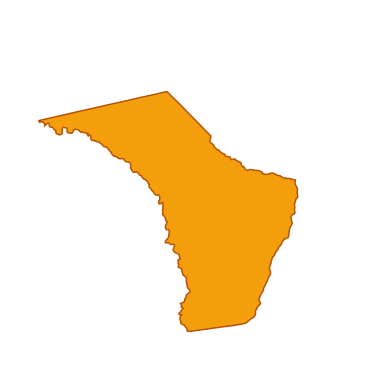 the district of Sebastião Laranjeiras, Bahia, Brazil, rotated 59°
{"feature_id": "56859067B69279711991755", "entity_name": "Sebastião Laranjeiras", "entity_type": "district", "adm_level": 2, "iso_a3": "BRA", "parent_name": "Brazil", "parent_adm1": "Bahia", "projection": "orthographic", "projection_center": [-43.114, -14.573], "detail": "fine", "context": "isolated", "style": "filled", "palette": "amber", "viewbox_px": 384, "rotation_deg": 59, "n_neighbors": 0, "source": "geoboundaries", "source_scale": "gbopen_adm2", "svg_char_len": 4652}
<svg xmlns="http://www.w3.org/2000/svg" viewBox="0 0 384 384"><g transform="rotate(59 192 192)"><path d="M270.8,122.4L268.8,121.6L267.5,121.3L265.9,120.5L264.0,119.9L263.4,118.5L263.1,117.2L263.4,115.7L262.9,114.5L261.8,114.0L259.8,113.2L258.4,111.9L256.8,111.2L255.3,110.4L254.2,109.4L253.3,108.1L252.3,107.3L251.6,106.4L251.1,104.7L250.1,103.5L248.5,102.9L247.2,102.4L245.6,101.4L244.3,100.3L243.0,99.9L240.8,99.6L238.9,99.6L237.3,99.1L236.2,98.1L234.9,97.1L234.2,98.3L233.1,99.1L232.1,100.0L230.8,101.1L229.8,103.2L228.8,103.9L227.9,105.3L226.6,106.7L224.7,107.6L223.5,108.0L222.5,109.4L221.1,110.7L219.1,111.6L217.8,112.7L216.7,113.9L216.5,115.1L216.1,116.4L215.7,117.7L215.2,119.0L214.7,120.3L213.5,120.9L212.7,122.1L211.1,121.7L209.9,122.6L208.7,123.3L207.7,124.2L206.9,125.3L205.7,127.0L204.5,128.3L203.6,129.5L202.5,130.7L202.2,132.6L201.3,134.2L199.8,134.7L198.0,134.4L196.7,134.8L196.0,135.7L194.8,135.7L193.4,135.4L191.9,135.0L190.0,136.4L188.8,137.0L187.6,138.0L186.3,137.8L185.6,138.7L184.9,140.1L184.5,141.7L182.9,141.7L181.4,141.4L180.8,142.4L179.6,143.6L178.3,144.8L176.9,144.5L175.5,145.0L174.6,146.1L173.2,146.6L171.6,147.2L169.7,147.5L168.3,148.8L166.4,149.2L165.1,149.6L164.0,149.4L162.5,149.4L161.3,149.7L160.1,150.4L159.0,150.8L157.8,150.6L156.7,149.7L155.6,148.5L153.8,147.0L111.6,157.0L93.0,161.8L91.8,165.4L88.3,176.1L85.2,185.3L84.8,186.4L78.6,205.3L63.9,249.7L51.9,286.5L53.5,286.9L55.0,283.7L57.5,283.2L59.3,284.2L58.8,281.2L58.8,280.0L60.4,279.3L62.0,280.4L63.4,280.0L64.8,278.2L67.1,278.1L68.5,277.7L69.6,277.2L70.9,278.1L72.1,278.1L73.8,277.1L74.6,276.3L75.2,274.8L74.9,273.1L73.6,272.6L72.8,271.7L70.7,270.5L70.3,269.2L71.4,268.0L72.5,266.5L73.7,266.5L76.0,268.1L77.2,267.9L78.8,266.2L79.7,264.7L79.5,263.5L78.1,261.7L77.8,260.2L78.9,259.0L79.7,257.7L83.7,256.4L84.1,255.0L85.3,254.2L86.1,253.1L87.7,252.2L88.2,251.0L89.4,252.1L90.6,252.1L90.2,250.8L91.4,249.9L93.8,251.0L95.2,251.5L96.4,251.0L97.3,249.5L99.2,248.3L100.2,247.1L101.5,245.9L102.7,245.6L104.0,245.0L108.1,244.0L109.0,242.6L111.5,241.6L113.2,241.6L114.9,241.1L118.6,241.1L121.5,240.3L122.1,239.0L124.4,238.1L125.8,237.3L127.0,235.7L127.5,234.2L129.0,233.5L130.7,233.5L132.0,233.0L132.9,231.7L134.6,230.3L136.1,230.1L137.4,230.6L139.6,232.3L143.7,232.5L145.1,231.8L145.9,230.0L147.0,228.5L148.4,228.2L150.0,228.5L150.9,227.7L151.9,226.9L153.5,227.3L154.7,226.8L155.9,226.7L157.4,225.6L160.4,224.7L162.4,225.2L163.9,224.8L164.9,225.8L166.1,226.3L167.7,225.5L169.4,225.8L171.6,225.2L174.7,225.1L176.4,224.2L177.1,222.3L178.3,222.0L179.8,222.2L180.9,222.8L182.0,223.8L183.1,225.6L184.8,226.5L185.8,225.6L185.9,222.7L187.4,223.1L190.9,225.4L192.8,226.9L194.2,227.2L195.8,228.6L197.0,228.7L198.9,228.3L200.0,228.1L203.0,229.1L204.7,228.5L207.1,231.8L208.8,233.2L211.2,233.3L212.1,231.5L213.9,231.6L215.0,232.2L215.9,233.3L217.7,234.5L218.6,235.3L219.4,236.8L220.0,239.1L220.7,240.4L221.7,241.0L222.9,239.5L223.3,238.1L225.6,237.6L226.6,236.6L227.0,235.0L228.4,234.3L230.7,236.6L232.0,238.2L235.4,237.7L237.1,236.2L238.9,235.3L240.3,235.9L243.4,236.6L242.9,238.2L243.3,239.3L244.4,239.5L246.0,240.7L247.4,240.7L248.4,242.0L249.5,242.5L250.5,241.9L251.5,241.0L252.9,240.4L254.6,241.6L258.9,242.4L260.2,241.7L262.1,241.2L264.0,241.7L265.5,242.8L271.5,245.1L274.0,244.7L276.6,245.0L277.0,247.7L277.5,250.2L279.3,251.4L280.0,253.2L281.6,254.5L282.2,255.6L281.9,257.4L281.6,259.2L283.9,259.3L284.9,260.4L287.0,259.5L288.0,262.1L288.8,263.4L289.1,265.5L290.3,266.1L291.8,264.2L292.8,266.4L294.8,267.8L297.3,268.4L298.5,269.1L300.5,268.6L302.1,267.3L303.6,267.1L304.9,267.1L306.4,266.6L307.7,267.5L309.4,267.3L311.0,264.3L323.9,233.9L328.0,224.8L329.3,221.2L330.1,219.2L330.8,217.6L331.1,216.3L331.7,215.1L332.1,213.7L332.1,212.3L331.7,210.9L331.4,209.2L331.0,206.8L331.2,204.6L330.7,202.7L330.0,200.9L328.8,200.2L327.9,199.5L326.5,198.8L325.9,197.3L324.9,196.1L324.0,194.5L323.6,192.5L323.1,191.0L322.1,190.5L320.4,190.3L318.7,190.1L318.0,189.2L317.1,188.4L316.2,187.1L315.3,185.9L314.5,184.2L314.0,183.0L312.7,181.3L311.5,180.3L310.8,179.3L310.1,178.0L309.1,176.6L308.2,175.3L307.3,173.6L305.9,172.2L305.2,171.0L304.5,170.1L303.7,168.7L302.7,166.9L301.3,166.1L300.0,165.5L298.5,165.6L297.3,164.8L296.1,163.9L294.9,162.6L294.0,161.1L292.7,160.5L291.7,159.3L290.6,157.9L289.7,156.9L289.1,155.8L289.0,154.5L288.1,153.4L287.5,152.2L286.7,151.4L286.4,150.2L285.8,149.1L285.3,147.6L284.2,146.7L283.8,145.5L283.5,144.2L283.1,143.0L282.1,141.6L280.5,139.1L280.2,137.9L280.1,136.3L280.2,134.7L280.5,133.0L279.5,131.8L278.4,130.9L277.4,130.3L276.3,129.4L274.5,127.9L273.2,126.6L272.5,125.3L271.5,123.8L270.8,122.4Z" fill="#f59e0b" stroke="#b45309" stroke-width="1.5"/></g></svg>